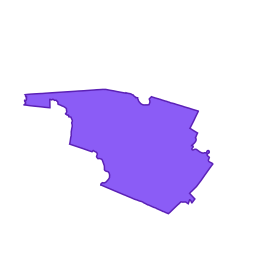 the district of Cojasca, Dâmbovita, Romania, rotated 43°
{"feature_id": "2599482B36729766611889", "entity_name": "Cojasca", "entity_type": "district", "adm_level": 2, "iso_a3": "ROU", "parent_name": "Romania", "parent_adm1": "Dâmbovita", "projection": "robinson", "projection_center": [25.841, 44.719], "detail": "fine", "context": "isolated", "style": "filled", "palette": "violet", "viewbox_px": 256, "rotation_deg": 43, "n_neighbors": 0, "source": "geoboundaries", "source_scale": "gbopen_adm2", "svg_char_len": 5677}
<svg xmlns="http://www.w3.org/2000/svg" viewBox="0 0 256 256"><g transform="rotate(43 128 128)"><path d="M99.6,178.1L104.0,176.1L108.8,173.9L114.6,171.4L117.9,169.9L117.9,168.2L118.6,168.1L120.2,167.7L121.2,167.4L121.7,167.3L123.3,167.9L123.6,168.5L123.9,169.1L124.2,169.8L124.6,170.5L125.7,170.8L127.0,170.9L127.8,169.9L128.7,169.4L130.2,168.8L130.8,169.0L131.3,169.1L134.0,170.5L136.5,171.8L138.4,173.7L139.2,174.6L139.9,174.8L141.3,174.6L143.4,173.5L145.1,173.9L146.6,174.9L148.3,176.9L148.7,178.7L148.8,182.1L148.6,183.2L148.3,183.8L147.9,184.5L146.6,185.4L146.4,186.4L146.4,187.5L147.0,188.3L147.4,188.0L153.0,186.0L160.7,183.2L161.3,183.0L163.1,182.3L164.3,181.9L165.6,181.4L170.8,179.5L172.2,178.9L173.5,178.5L177.4,177.0L181.2,175.7L182.5,175.1L183.3,174.7L183.7,174.5L184.5,174.2L185.8,173.7L187.0,173.1L187.9,172.6L189.1,172.1L190.1,172.0L191.1,171.8L191.8,171.5L192.4,171.3L193.2,171.2L193.8,171.0L194.6,170.8L195.0,170.7L195.4,170.3L196.1,170.1L200.0,168.8L201.4,168.3L202.2,167.8L202.7,167.6L204.2,167.3L204.6,167.1L205.0,167.0L209.0,165.6L209.3,165.5L210.3,165.3L210.6,165.1L211.1,164.8L211.6,164.6L212.7,164.3L213.3,164.1L213.9,163.9L214.6,163.6L215.3,163.3L215.9,163.2L216.2,161.0L216.2,160.4L216.3,158.4L216.4,156.3L216.5,154.4L216.6,152.6L216.7,150.9L216.8,149.4L216.9,149.2L217.0,146.8L217.1,145.8L218.2,145.2L220.6,142.8L223.7,142.3L222.0,138.5L222.3,138.3L222.6,138.2L223.1,138.2L223.5,138.4L224.0,138.5L224.7,138.9L225.7,139.2L225.8,139.1L225.3,134.3L217.6,133.8L217.6,131.6L217.7,130.9L218.0,124.2L217.2,116.4L216.2,109.5L216.2,109.3L215.9,107.0L215.6,104.9L215.1,101.1L215.1,100.9L215.1,100.7L214.8,98.9L214.8,98.2L214.7,97.7L214.7,97.2L214.6,96.5L213.8,96.4L213.5,96.4L210.6,97.3L209.9,97.3L209.5,97.2L209.0,97.0L208.6,96.6L208.5,96.3L207.6,94.1L206.8,93.9L206.5,94.0L205.9,94.1L205.2,94.0L204.5,93.9L204.1,93.6L203.8,93.2L203.8,92.7L204.0,91.9L204.1,91.3L204.2,90.7L203.8,90.1L203.2,89.7L202.5,89.5L202.0,89.8L201.7,90.2L201.6,90.6L201.6,91.0L201.8,91.6L202.1,92.3L202.2,92.7L202.1,93.1L201.4,93.4L200.8,93.9L200.4,94.8L199.6,95.4L198.7,95.9L197.8,96.2L196.7,96.5L194.2,96.8L193.1,96.9L192.5,97.1L192.1,97.2L191.8,97.5L191.4,97.9L190.8,99.3L190.6,99.7L190.2,100.0L189.7,100.1L189.3,100.0L189.0,99.8L188.8,99.6L188.7,99.2L188.7,98.7L188.7,98.0L188.6,97.6L188.4,97.4L188.3,97.1L188.0,96.9L187.7,96.9L187.4,97.0L187.0,97.2L186.6,97.5L186.5,97.0L186.7,95.1L186.8,94.2L186.7,92.6L186.6,91.8L186.4,91.2L186.3,90.9L186.0,90.4L185.7,90.0L185.4,89.7L185.1,89.5L184.5,89.3L184.0,89.2L183.8,88.3L183.7,88.2L183.5,87.7L183.2,86.8L183.0,86.4L182.8,85.9L182.7,85.4L182.5,84.8L182.4,84.6L182.3,84.2L182.2,84.2L181.9,84.3L181.5,84.4L180.5,84.6L180.4,84.6L179.7,84.8L179.4,84.8L179.0,84.9L178.6,85.0L178.1,85.1L177.6,85.2L176.1,85.5L173.7,85.9L173.5,86.0L171.2,78.0L170.3,75.2L170.0,74.3L168.2,68.4L168.0,67.8L167.9,67.7L167.7,67.8L166.4,68.4L162.6,70.3L158.3,72.3L157.9,72.6L157.4,72.8L155.6,73.7L155.1,74.0L153.2,74.8L151.2,75.8L149.4,76.7L147.8,77.5L147.2,77.8L146.7,78.0L146.1,78.3L145.5,78.5L143.0,79.9L142.8,80.1L142.4,80.3L141.9,80.6L141.2,80.8L140.6,81.0L139.7,81.5L139.1,81.8L138.8,81.9L138.4,82.0L136.8,82.9L136.0,83.3L135.2,83.6L134.6,84.0L133.8,84.3L133.3,84.6L133.0,84.7L132.7,84.8L132.4,84.9L132.2,85.0L131.4,85.5L131.2,85.6L130.8,85.7L130.4,85.9L129.9,86.2L128.5,86.9L127.2,87.6L126.4,87.9L126.1,88.1L124.8,88.7L123.8,89.1L123.8,89.5L123.7,92.2L123.8,92.3L124.2,92.6L125.0,93.0L125.7,93.4L126.1,93.9L126.5,94.3L127.2,96.0L127.4,96.7L127.3,96.8L126.6,97.7L124.3,99.9L123.5,100.6L122.5,101.1L120.7,101.5L118.5,101.3L117.0,100.9L116.4,100.5L115.2,100.0L114.5,99.4L114.4,99.3L113.0,100.5L112.6,100.2L111.6,100.5L110.8,100.5L110.0,100.5L109.4,100.3L108.3,100.8L107.1,101.0L106.9,101.1L105.8,101.6L105.5,101.9L105.2,102.1L103.0,103.4L102.5,103.6L102.7,104.0L95.2,108.8L92.2,110.6L88.9,112.8L85.5,114.9L83.1,117.1L82.0,118.3L79.1,121.3L77.4,123.2L74.7,126.1L72.1,128.9L69.9,131.3L66.5,134.8L64.1,137.4L62.6,139.0L57.7,144.2L54.3,147.8L52.4,149.8L49.2,153.2L45.2,157.5L43.7,159.1L41.9,161.1L40.3,162.7L37.7,165.4L35.8,167.4L33.9,169.4L32.0,171.5L30.2,173.6L30.3,173.6L30.5,173.7L30.7,173.8L30.8,174.1L31.0,174.4L31.2,174.5L31.5,174.6L32.1,174.4L32.4,174.3L32.8,174.5L32.9,174.8L32.9,175.1L32.9,175.5L33.1,175.6L33.4,175.6L33.7,175.7L33.9,175.8L34.1,176.0L34.3,176.3L34.5,177.0L34.6,177.4L33.7,177.9L33.5,178.2L33.7,178.5L34.2,178.9L34.6,178.9L35.2,178.9L35.5,179.0L35.7,179.3L35.7,179.7L35.9,179.9L36.1,180.0L36.4,180.0L36.6,180.2L36.5,180.5L36.2,181.5L36.2,181.9L36.2,182.0L36.3,182.0L37.8,180.8L40.7,178.8L45.0,175.6L50.1,171.7L53.4,169.3L56.9,166.6L57.1,166.4L51.3,160.4L51.5,160.2L52.1,159.9L52.9,159.6L53.0,159.5L53.1,159.4L53.1,159.0L53.2,158.8L53.3,158.6L53.5,158.2L53.9,158.1L54.2,158.0L54.6,158.0L55.1,157.9L55.4,157.9L55.6,157.7L56.0,157.2L56.6,156.7L57.0,156.6L57.8,156.9L58.5,156.7L59.0,156.9L59.4,157.3L60.0,157.8L60.4,158.1L60.7,158.3L60.9,158.3L61.0,158.2L61.3,158.0L62.3,157.6L63.5,157.2L63.9,157.0L64.7,156.9L65.7,156.4L66.2,156.2L67.8,155.9L68.9,155.8L69.6,155.8L69.9,155.9L70.5,156.6L71.1,157.1L72.2,157.9L72.3,158.3L72.5,158.8L72.6,160.2L72.8,160.3L73.2,160.3L73.7,160.0L74.0,160.0L74.6,160.1L74.8,160.0L75.1,159.8L75.6,159.3L75.8,159.2L76.0,159.2L76.2,159.3L76.3,159.4L76.7,160.0L76.9,160.2L77.1,160.1L77.3,160.0L77.6,159.8L78.5,159.2L78.8,159.0L79.0,159.0L79.5,159.3L80.1,159.6L81.9,160.3L82.6,160.9L82.8,161.4L83.0,161.9L83.2,162.5L83.7,162.9L83.8,163.0L84.4,163.3L85.6,164.3L85.9,164.6L86.8,166.0L87.2,166.7L88.6,168.8L88.7,169.0L88.9,169.3L89.5,170.0L90.2,170.7L90.7,171.3L91.1,171.8L91.5,172.1L92.0,172.7L92.2,173.4L93.2,174.9L94.9,177.3L96.0,179.0L96.3,179.6L99.6,178.1Z" fill="#8b5cf6" stroke="#5b21b6" stroke-width="1.5"/></g></svg>